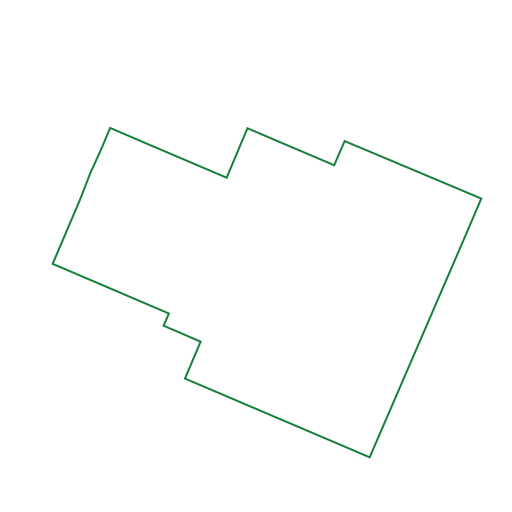 Tippah, Mississippi, United States of America, rotated 293°
{"feature_id": "52423323B445866632438", "entity_name": "Tippah", "entity_type": "district", "adm_level": 2, "iso_a3": "USA", "parent_name": "United States of America", "parent_adm1": "Mississippi", "projection": "mercator", "projection_center": [-88.878, 34.796], "detail": "fine", "context": "isolated", "style": "outline", "palette": "green", "viewbox_px": 512, "rotation_deg": 293, "n_neighbors": 0, "source": "geoboundaries", "source_scale": "gbopen_adm2", "svg_char_len": 388}
<svg xmlns="http://www.w3.org/2000/svg" viewBox="0 0 512 512"><g transform="rotate(293 256 256)"><path d="M316.9,71.7L295.6,71.8L268.3,71.1L239.2,72.0L169.3,71.9L169.0,198.3L155.7,198.2L155.5,238.5L115.4,238.5L115.1,439.3L366.2,440.9L383.5,440.9L396.9,440.9L396.4,292.7L370.1,292.5L370.2,198.2L316.6,198.4L316.7,113.3L316.9,71.7Z" fill="none" stroke="#15803d" stroke-width="2"/></g></svg>